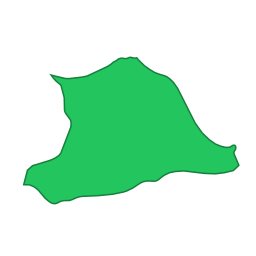 the Province of Gia Lai, rotated 86°
{"feature_id": "VNM-478", "entity_name": "Gia Lai", "entity_type": "Province", "adm_level": 1, "iso_a3": "VNM", "parent_name": "Vietnam", "parent_adm1": "", "projection": "equal_earth", "projection_center": [108.233, 13.818], "detail": "fine", "context": "isolated", "style": "filled", "palette": "green", "viewbox_px": 256, "rotation_deg": 86, "n_neighbors": 0, "source": "natural_earth", "source_scale": "10m", "svg_char_len": 1464}
<svg xmlns="http://www.w3.org/2000/svg" viewBox="0 0 256 256"><g transform="rotate(86 128 128)"><path d="M69.8,201.0L71.2,196.9L74.3,186.9L74.6,182.8L74.0,169.9L73.3,165.1L65.3,144.4L63.6,141.2L61.3,138.0L61.1,137.4L60.2,135.4L58.4,132.5L57.9,130.5L57.9,129.1L58.5,126.3L58.7,125.1L57.6,121.2L58.0,119.0L58.6,117.5L58.8,116.0L58.6,114.3L60.7,112.9L67.1,107.2L70.9,102.6L74.5,97.5L76.6,92.9L77.9,89.3L79.4,85.9L81.6,83.2L85.4,79.7L92.0,75.7L127.7,60.7L138.2,54.3L145.6,47.5L150.1,41.9L152.8,36.3L154.0,32.5L154.3,29.8L154.2,28.1L153.9,27.0L152.7,24.9L152.5,23.9L152.7,22.7L153.4,22.1L154.3,21.8L155.7,21.9L156.9,22.3L159.0,23.7L159.9,24.1L160.9,24.1L173.0,20.0L177.8,25.9L179.3,34.9L179.8,44.1L178.6,55.0L174.7,75.5L174.7,84.0L175.5,89.7L177.1,93.9L178.6,96.8L181.6,101.1L182.5,102.9L182.9,104.7L182.8,107.1L182.4,109.8L182.2,113.2L182.6,116.3L183.8,119.6L188.3,127.6L190.7,133.6L191.6,137.3L193.0,148.1L193.4,162.2L193.0,178.9L193.3,181.7L193.9,184.2L195.6,188.9L196.2,191.3L196.2,193.6L196.0,196.3L196.1,198.6L196.5,200.5L198.0,204.0L198.4,205.8L198.2,207.7L197.3,209.9L195.3,212.5L192.1,215.7L184.0,221.6L181.9,223.7L179.9,226.1L177.8,230.4L177.3,236.0L163.0,231.2L158.9,225.8L155.1,209.0L154.0,205.5L152.7,202.4L150.6,198.8L148.3,196.7L123.2,185.0L119.5,184.4L117.4,184.5L115.7,185.0L109.1,189.1L107.4,189.8L105.7,190.1L93.3,189.5L81.5,191.7L80.5,192.1L79.7,192.9L75.7,196.9L72.8,199.1L69.8,201.0Z" fill="#22c55e" stroke="#15803d" stroke-width="1.5"/></g></svg>